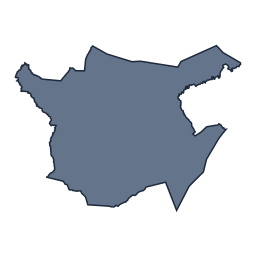 outline of Juticalpa, Olancho, Honduras
{"feature_id": "27666195B18258905744745", "entity_name": "Juticalpa", "entity_type": "district", "adm_level": 2, "iso_a3": "HND", "parent_name": "Honduras", "parent_adm1": "Olancho", "projection": "mercator", "projection_center": [-86.362, 14.531], "detail": "fine", "context": "isolated", "style": "filled", "palette": "slate", "viewbox_px": 256, "rotation_deg": 0, "n_neighbors": 0, "source": "geoboundaries", "source_scale": "gbopen_adm2", "svg_char_len": 5598}
<svg xmlns="http://www.w3.org/2000/svg" viewBox="0 0 256 256"><path d="M176.6,210.4L189.2,186.1L203.4,171.9L206.5,159.3L218.5,138.9L222.6,133.5L226.1,129.3L225.4,129.4L224.3,129.1L223.8,127.9L223.2,128.1L222.9,127.6L222.2,127.3L221.8,126.3L221.3,125.8L221.1,125.1L220.1,124.8L219.9,124.4L218.9,123.8L218.6,124.3L218.2,124.5L217.5,125.1L216.3,125.4L215.5,125.3L206.6,126.8L201.4,131.8L195.2,135.9L192.7,133.9L195.0,132.3L195.1,131.7L194.0,130.1L193.6,128.6L192.6,127.4L191.7,125.8L191.6,123.7L191.4,123.0L191.0,122.4L189.9,121.7L189.1,120.2L188.1,119.1L187.6,118.8L186.8,117.9L186.1,117.4L184.8,115.1L184.0,114.8L184.0,114.4L184.4,114.2L183.7,113.2L183.6,112.4L183.1,112.2L183.3,111.2L183.2,110.9L181.9,110.1L181.2,109.3L181.1,108.1L180.4,107.2L180.6,106.8L180.4,105.7L180.9,105.2L180.7,104.9L181.0,104.0L181.0,102.6L180.7,102.0L180.8,101.8L180.9,101.1L180.7,100.8L179.5,100.0L179.0,99.4L178.9,98.9L178.4,98.9L178.3,98.3L177.8,97.4L178.4,96.4L179.5,95.7L179.5,95.3L178.8,94.8L178.8,94.4L179.6,93.9L181.2,94.2L181.6,93.6L181.5,92.3L181.8,92.1L182.2,92.0L183.0,92.8L183.4,92.9L183.7,92.0L183.7,91.1L184.1,89.6L184.6,89.3L185.7,89.4L186.0,89.1L186.0,88.4L185.5,87.6L185.6,87.1L186.4,86.4L187.2,86.2L187.8,86.3L187.9,86.5L187.2,87.4L187.2,88.1L187.5,88.4L188.5,88.3L189.1,87.6L188.9,86.7L189.4,85.1L189.6,84.9L190.2,84.9L190.7,85.3L191.0,85.4L191.4,85.0L192.8,84.8L193.6,84.3L194.1,84.2L195.0,85.1L195.6,86.1L196.0,86.3L196.8,85.4L198.1,84.8L198.7,84.3L200.1,84.2L200.8,83.2L201.4,83.1L202.3,83.3L202.7,83.3L203.0,82.8L202.9,82.0L203.4,81.4L204.1,81.4L204.7,82.6L205.3,82.8L205.3,81.9L205.4,81.6L205.8,81.4L206.5,81.3L207.3,80.1L207.8,80.0L208.7,80.2L209.7,79.5L211.2,79.6L212.0,79.4L212.3,79.1L212.4,78.6L211.7,77.6L211.8,77.0L212.3,76.6L212.8,76.6L213.4,77.1L213.7,78.8L214.2,79.2L214.5,79.2L214.8,79.0L215.1,77.7L215.4,77.3L216.3,76.8L217.2,76.6L217.7,76.0L218.1,75.8L218.3,75.9L218.5,76.1L218.4,77.1L218.5,77.8L218.9,78.1L219.2,78.0L219.7,77.3L220.1,76.3L220.1,75.2L220.0,73.9L220.6,71.5L221.0,70.9L222.1,69.7L222.5,68.4L223.4,68.1L223.7,67.8L223.7,67.4L223.0,66.2L222.8,65.4L223.3,64.9L224.4,64.7L225.6,63.9L226.5,64.6L227.7,65.1L228.8,67.1L227.9,68.2L227.9,68.9L228.8,69.4L230.2,69.7L230.7,70.2L231.2,71.2L231.6,71.5L232.3,71.2L232.6,70.7L232.5,70.1L231.8,69.2L231.8,68.8L232.0,68.4L232.5,68.2L234.0,68.6L235.1,67.9L236.1,67.8L236.4,66.8L236.7,66.5L237.5,66.3L238.5,66.6L239.0,66.6L239.6,64.9L240.3,64.7L240.6,64.3L240.6,63.7L240.3,62.7L223.0,52.6L216.5,45.6L181.0,61.5L177.8,67.1L140.4,61.2L131.9,61.7L106.9,54.0L92.7,46.0L90.9,47.9L90.9,48.2L91.0,48.9L90.8,49.8L89.9,50.5L90.0,51.0L89.0,52.2L88.8,52.9L87.4,55.0L86.8,56.7L86.2,57.7L85.6,59.8L84.5,70.8L75.2,70.7L74.6,69.5L73.7,68.9L72.8,68.0L71.1,68.2L69.9,67.9L69.8,69.5L68.7,71.0L68.2,72.0L67.1,73.1L60.7,80.8L41.9,79.1L40.9,78.4L40.7,77.7L39.9,77.6L38.9,76.6L37.9,76.4L36.8,75.5L35.5,75.4L35.2,75.0L34.8,75.2L34.1,75.1L33.9,74.6L33.3,74.1L32.3,73.8L31.9,73.1L32.0,72.9L31.6,72.7L31.6,72.4L31.3,72.2L30.9,71.6L30.9,70.9L29.9,69.7L29.3,69.4L29.1,68.9L28.7,68.9L28.6,67.8L28.8,67.4L28.4,67.0L28.9,65.4L28.6,64.8L28.3,64.7L27.3,65.1L26.3,64.8L26.5,64.0L25.7,63.6L24.9,62.8L24.7,63.1L25.1,63.6L25.0,63.9L23.5,65.1L23.2,65.8L22.8,65.8L22.8,65.3L22.2,65.2L22.0,65.7L21.7,65.9L21.5,66.4L21.1,66.9L21.1,67.0L21.7,67.0L21.0,68.0L21.1,68.9L20.3,69.4L20.2,69.7L19.1,70.1L18.3,71.2L17.4,71.8L17.0,73.0L16.7,73.4L16.6,73.8L16.2,74.5L15.8,76.2L15.4,76.8L15.4,77.2L15.9,77.7L16.5,77.8L17.1,77.5L17.9,77.7L18.2,78.0L18.4,78.5L18.2,79.9L17.5,80.1L16.8,80.8L18.0,81.2L18.5,81.8L18.9,82.7L19.7,83.1L19.8,83.5L19.6,84.5L19.8,84.7L20.5,84.8L21.5,86.7L22.0,87.1L21.9,87.6L21.1,88.5L21.5,89.1L21.6,89.5L21.0,90.9L21.0,91.2L21.3,91.3L22.0,91.3L24.1,91.2L25.9,91.6L27.8,91.6L28.1,91.8L27.8,92.6L27.9,93.0L29.1,93.3L30.0,93.3L30.4,93.5L30.7,94.0L30.7,95.0L31.3,95.6L31.2,96.4L32.7,97.7L33.8,98.0L33.7,98.7L34.4,100.0L34.5,101.2L34.7,101.8L36.0,103.1L36.4,104.5L36.8,104.3L37.2,104.4L37.1,104.8L36.5,105.3L36.6,106.0L37.4,106.2L38.9,107.0L39.0,107.6L39.5,107.8L41.9,108.6L42.2,109.2L42.0,110.4L42.8,111.6L43.8,112.3L44.7,112.4L46.1,113.2L46.7,114.0L47.8,114.1L47.8,114.9L48.9,116.3L49.6,116.4L50.3,117.1L50.3,117.8L51.3,119.4L51.4,119.9L51.1,120.5L50.1,121.9L49.5,123.4L51.0,125.5L51.5,125.6L52.0,125.1L52.3,125.0L52.8,125.1L53.4,125.4L54.7,125.1L56.2,125.6L55.5,126.8L54.7,127.8L55.2,128.2L54.9,128.9L55.3,129.8L54.5,130.5L54.5,131.6L54.0,132.6L53.4,133.3L52.8,133.1L52.9,134.9L52.5,134.9L52.4,135.7L51.8,137.1L51.1,137.4L51.2,138.2L50.5,139.5L50.7,140.0L50.6,141.0L50.8,141.3L49.7,142.1L49.5,142.6L49.9,145.4L49.8,145.8L50.6,146.8L50.7,147.2L50.7,148.1L50.5,148.9L50.9,150.2L50.7,150.9L51.1,152.9L50.9,154.3L51.2,154.9L51.5,156.0L52.8,157.0L53.1,157.7L53.2,158.5L53.7,159.3L53.6,160.0L53.8,160.6L53.5,161.8L54.2,163.8L54.3,164.6L54.2,165.3L54.3,166.5L54.7,167.3L54.7,168.1L54.5,169.0L54.6,169.9L54.3,170.4L53.3,171.1L52.9,172.1L50.7,173.0L49.4,174.2L47.9,176.5L47.4,176.9L46.2,177.1L63.1,181.2L64.0,182.2L65.2,184.3L65.6,184.4L66.4,184.2L67.1,184.6L67.9,186.6L68.4,187.5L68.9,189.5L69.4,189.7L70.3,190.0L71.3,189.8L72.2,189.9L72.9,190.6L74.6,190.7L76.5,191.2L80.4,190.8L80.7,190.9L81.4,192.7L82.0,193.7L83.6,194.9L85.6,197.1L87.8,204.8L109.7,206.2L110.6,206.7L113.6,206.9L114.2,206.9L114.5,206.7L115.8,205.3L117.9,206.3L118.6,205.8L119.5,204.7L121.0,203.8L123.1,202.9L124.1,202.3L125.7,202.1L126.8,200.7L127.6,200.3L128.0,199.3L129.2,197.8L132.4,195.2L134.7,195.4L135.3,195.3L136.4,194.5L137.2,193.5L137.5,193.0L138.7,192.1L140.6,191.3L143.5,190.5L145.1,188.9L145.9,187.3L146.2,187.0L165.6,182.2L176.6,210.4Z" fill="#64748b" stroke="#1e293b" stroke-width="1.5"/></svg>